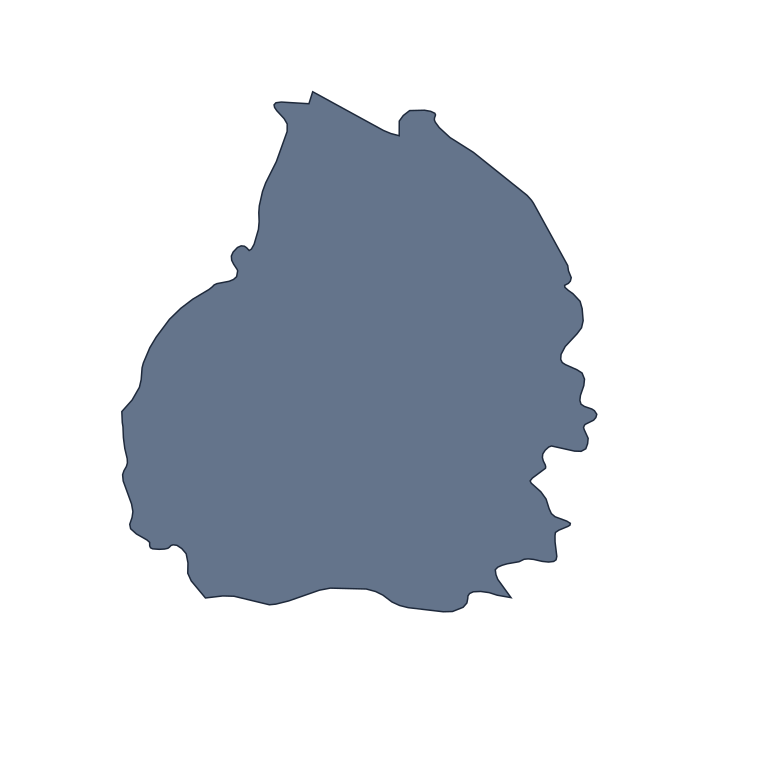 outline of Orebro, rotated 24°
{"feature_id": "SWE-183", "entity_name": "Orebro", "entity_type": "County", "adm_level": 1, "iso_a3": "SWE", "parent_name": "Sweden", "parent_adm1": "", "projection": "equal_earth", "projection_center": [15.084, 59.383], "detail": "fine", "context": "isolated", "style": "filled", "palette": "slate", "viewbox_px": 768, "rotation_deg": 24, "n_neighbors": 0, "source": "natural_earth", "source_scale": "10m", "svg_char_len": 2690}
<svg xmlns="http://www.w3.org/2000/svg" viewBox="0 0 768 768"><g transform="rotate(24 384 384)"><path d="M206.5,316.9L208.0,314.7L208.5,309.2L206.4,293.8L203.9,286.5L199.9,278.3L197.6,271.9L194.7,257.5L194.1,248.4L195.2,224.7L192.8,192.7L189.8,185.8L184.8,182.2L175.0,178.0L171.6,175.9L170.0,173.7L170.9,171.0L175.5,168.2L201.4,158.5L200.0,146.0L280.5,152.6L288.4,152.4L296.9,151.0L291.0,137.6L292.4,130.9L296.2,123.8L309.7,117.4L315.8,115.9L320.3,116.0L321.6,117.2L321.8,118.6L321.9,120.3L322.6,122.3L324.4,124.0L330.2,127.3L344.1,132.0L371.4,136.0L438.1,153.5L444.1,156.2L447.1,158.1L503.7,201.1L506.5,205.6L511.8,210.7L512.4,214.2L511.5,217.1L508.9,220.4L509.9,222.1L514.2,223.5L520.0,224.7L529.5,228.7L534.4,234.6L540.2,245.2L541.6,252.3L539.9,259.8L534.3,276.0L533.7,284.9L535.4,289.6L538.1,291.9L541.8,292.5L554.6,292.5L560.5,293.4L565.2,298.0L567.2,304.2L568.1,314.5L569.6,319.3L572.2,322.3L576.2,323.0L584.1,322.3L587.1,322.8L590.7,325.1L591.2,328.5L590.2,331.8L584.2,339.1L584.0,339.8L583.9,340.6L584.0,342.6L585.5,344.3L592.6,350.6L594.3,355.7L594.7,361.1L591.5,365.3L585.4,367.8L562.2,372.5L560.1,374.6L558.2,378.9L557.5,383.3L558.6,386.7L560.8,389.5L564.2,392.3L565.4,393.9L565.8,395.3L557.8,409.6L556.9,413.1L558.8,414.7L571.2,418.7L578.9,423.2L585.6,430.8L589.6,434.3L594.2,435.7L606.8,434.9L610.9,435.5L611.3,437.3L610.0,439.2L603.2,446.4L601.0,449.9L601.9,453.0L604.5,458.7L612.0,471.2L612.7,474.6L611.2,477.1L606.8,479.7L600.7,481.7L592.0,483.4L586.9,485.1L583.3,487.1L579.7,491.4L569.6,498.2L565.6,501.6L562.5,505.0L561.2,508.4L563.8,512.6L567.4,516.2L586.9,527.5L573.3,530.9L565.0,531.8L556.7,534.2L550.1,537.5L547.4,540.6L546.9,543.5L547.8,546.0L548.8,550.4L547.1,555.8L539.1,564.0L530.7,568.0L497.0,578.5L488.3,580.0L479.9,579.9L468.8,577.3L460.7,577.0L451.2,578.5L418.0,592.3L408.9,598.6L385.1,621.0L374.7,629.1L369.1,632.3L333.3,638.9L322.9,643.2L307.9,652.1L288.0,642.3L281.7,636.7L277.7,627.2L272.3,619.5L266.2,616.6L260.4,615.6L256.7,616.7L255.0,618.3L254.4,620.2L253.4,622.0L250.7,624.0L245.8,626.5L239.7,628.7L237.3,628.6L235.8,627.2L234.3,624.0L230.9,622.9L218.8,621.7L211.4,619.3L208.8,615.6L208.1,608.3L206.5,602.7L202.2,596.3L185.2,578.7L182.1,573.2L181.7,569.0L182.2,564.1L181.7,560.5L179.8,556.7L173.4,548.3L167.8,539.1L162.9,529.2L160.6,525.7L155.7,515.8L160.4,501.1L161.9,486.5L160.4,478.8L156.4,467.6L155.6,462.7L155.3,446.0L156.8,433.8L161.7,412.1L167.6,397.4L174.9,384.1L185.7,368.8L187.6,365.1L188.5,362.6L190.5,360.3L200.8,353.1L204.0,349.7L205.7,345.9L204.3,340.2L203.4,339.2L197.9,335.7L194.5,332.9L192.5,329.2L192.5,324.8L194.6,318.9L197.3,315.9L200.4,314.9L203.1,315.4L206.5,316.9Z" fill="#64748b" stroke="#1e293b" stroke-width="1.5"/></g></svg>